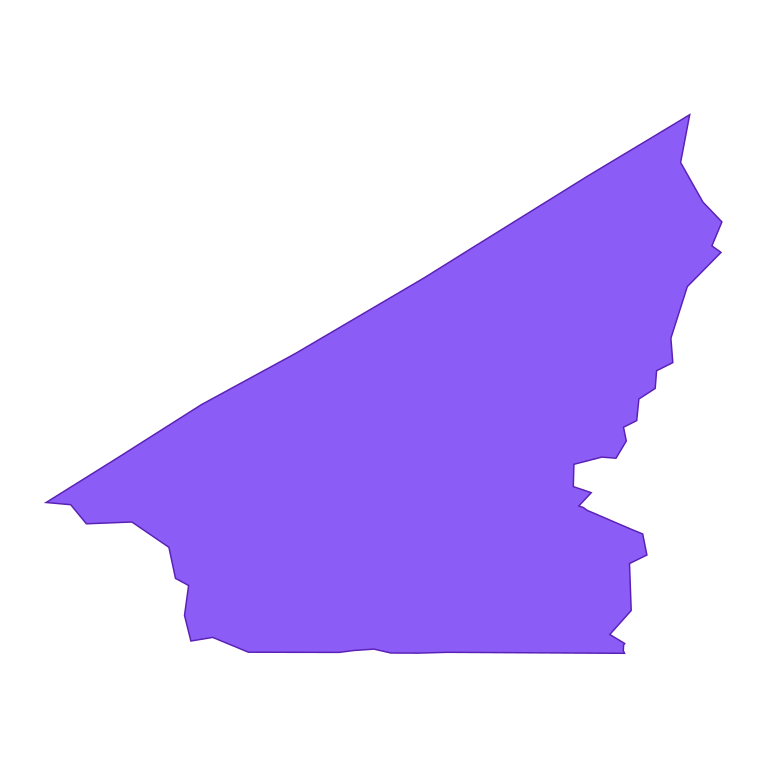 Southampton, Virginia, United States of America
{"feature_id": "52423323B94499029324325", "entity_name": "Southampton", "entity_type": "district", "adm_level": 2, "iso_a3": "USA", "parent_name": "United States of America", "parent_adm1": "Virginia", "projection": "robinson", "projection_center": [-77.053, 36.77], "detail": "fine", "context": "isolated", "style": "filled", "palette": "violet", "viewbox_px": 768, "rotation_deg": 0, "n_neighbors": 0, "source": "geoboundaries", "source_scale": "gbopen_adm2", "svg_char_len": 837}
<svg xmlns="http://www.w3.org/2000/svg" viewBox="0 0 768 768"><path d="M587.3,176.3L472.6,247.6L423.4,278.3L295.2,353.6L201.3,404.7L117.0,458.2L46.1,502.5L70.7,504.7L86.4,523.8L131.9,522.0L168.9,547.3L175.5,578.4L188.6,585.5L184.5,615.4L190.9,641.0L212.7,637.4L248.4,652.2L339.0,652.4L353.8,650.5L374.0,649.1L379.1,650.3L390.8,653.0L418.3,653.1L447.7,652.3L624.5,653.3L623.3,650.6L623.6,645.1L624.7,643.5L609.8,634.5L631.2,610.5L629.5,563.5L646.9,555.0L642.7,534.0L630.8,529.1L587.3,510.4L583.3,507.5L578.8,506.0L591.2,492.7L573.3,486.6L573.9,464.3L601.7,457.1L616.0,458.2L626.3,441.0L623.5,427.2L636.7,420.6L638.9,399.0L655.2,388.4L656.6,370.7L672.8,362.6L670.9,338.2L687.3,286.6L721.0,252.4L711.9,245.9L721.9,221.9L703.0,202.2L680.6,162.5L689.7,114.7L669.0,127.2L587.3,176.3Z" fill="#8b5cf6" stroke="#5b21b6" stroke-width="1.5"/></svg>